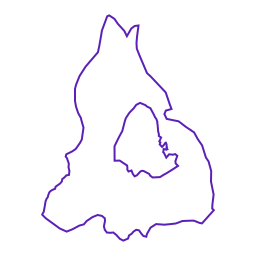 Oyun, Kwara, Nigeria (Equal Earth projection)
{"feature_id": "59680162B5525087107293", "entity_name": "Oyun", "entity_type": "district", "adm_level": 2, "iso_a3": "NGA", "parent_name": "Nigeria", "parent_adm1": "Kwara", "projection": "equal_earth", "projection_center": [4.677, 8.186], "detail": "fine", "context": "isolated", "style": "outline", "palette": "violet", "viewbox_px": 256, "rotation_deg": 0, "n_neighbors": 0, "source": "geoboundaries", "source_scale": "gbopen_adm2", "svg_char_len": 2555}
<svg xmlns="http://www.w3.org/2000/svg" viewBox="0 0 256 256"><path d="M202.0,223.4L213.8,210.2L212.2,208.5L212.4,204.7L213.6,194.5L211.0,181.5L211.2,171.1L208.6,161.5L205.9,157.5L202.1,145.4L197.7,139.0L194.1,132.4L186.3,127.2L178.6,121.3L166.7,118.9L164.4,114.1L165.8,110.6L171.5,109.0L169.7,104.2L168.8,101.5L165.7,92.4L150.8,76.6L147.0,73.1L139.3,55.0L136.8,48.6L136.5,42.9L137.0,36.9L138.5,25.5L134.7,26.0L131.3,28.5L126.9,36.2L124.3,30.9L117.9,23.9L114.4,18.8L109.2,15.4L107.2,16.3L101.9,30.6L101.2,35.0L99.2,46.5L97.9,52.3L95.4,55.2L85.6,66.6L79.5,76.1L76.0,84.9L75.0,89.0L75.0,93.4L75.0,100.8L76.0,106.6L78.2,113.1L80.8,117.8L81.4,120.2L83.5,127.7L81.8,139.5L80.0,142.9L75.7,149.0L72.2,151.4L66.3,154.3L65.7,156.6L66.9,158.1L68.7,163.2L68.8,164.8L68.5,167.1L69.4,171.0L69.0,174.9L66.3,175.4L64.7,177.2L62.2,179.2L61.8,181.5L60.0,183.6L55.6,186.7L55.1,188.8L52.3,189.9L50.5,191.1L49.3,192.4L48.4,194.7L47.7,197.3L46.7,198.6L45.6,201.1L44.9,205.5L43.7,211.9L42.9,213.1L42.2,214.7L45.8,218.3L59.8,228.5L66.7,231.6L72.6,229.2L79.3,225.6L81.8,224.9L83.8,224.4L86.7,221.0L92.5,217.1L95.4,215.9L97.7,215.0L101.9,215.9L104.8,218.3L105.0,220.9L103.9,226.5L104.3,227.8L104.8,229.8L106.7,232.3L106.8,232.5L110.0,232.8L113.3,232.5L116.3,234.9L119.8,238.8L123.4,240.6L128.1,238.5L129.0,235.5L131.7,233.7L133.5,231.6L134.1,231.2L136.2,229.8L139.1,230.4L141.1,233.4L143.4,236.0L146.3,236.7L146.9,234.1L150.5,227.7L156.1,224.1L161.9,224.5L164.4,224.7L170.4,224.1L175.8,223.5L182.5,221.0L187.5,220.8L190.2,220.7L194.0,220.7L199.5,222.9L202.0,223.4ZM114.5,146.3L117.1,140.9L119.3,136.5L122.3,131.0L124.5,122.5L124.9,120.9L125.9,118.1L128.4,114.2L129.7,112.4L133.7,108.3L136.2,104.9L140.0,102.9L142.5,103.9L145.5,105.2L147.1,106.6L150.4,108.2L152.7,112.5L153.9,114.7L154.9,117.0L156.5,119.3L157.0,121.0L157.4,121.7L157.2,122.7L157.5,124.2L157.7,125.7L158.1,131.1L158.9,134.2L158.8,136.0L161.1,137.5L159.3,141.5L160.4,142.4L159.7,144.4L160.3,145.0L160.9,145.7L162.1,146.9L163.8,145.0L165.5,142.7L165.9,142.7L166.0,142.8L166.6,144.7L166.6,146.8L166.8,146.9L167.0,147.1L166.5,148.0L167.4,149.2L166.4,149.7L163.7,149.0L163.2,152.2L163.8,152.6L166.3,157.6L169.1,154.3L172.9,154.7L175.2,154.1L177.3,155.8L175.4,161.2L175.7,163.5L178.0,165.9L173.3,169.0L166.4,173.3L163.5,174.9L160.0,177.1L154.0,177.4L152.5,177.4L150.0,175.5L149.3,174.0L145.7,172.1L143.6,171.0L142.0,170.8L140.5,171.4L136.9,175.3L134.6,176.3L132.8,173.9L131.5,170.5L128.5,171.5L127.3,169.6L127.4,167.9L127.1,165.5L119.7,160.6L114.6,160.7L114.5,146.3Z" fill="none" stroke="#5b21b6" stroke-width="2"/></svg>